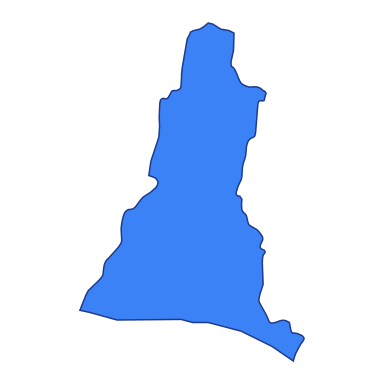 the border of La Libertad
{"feature_id": "SLV-1346", "entity_name": "La Libertad", "entity_type": "Department", "adm_level": 1, "iso_a3": "SLV", "parent_name": "El Salvador", "parent_adm1": "", "projection": "robinson", "projection_center": [-89.306, 13.743], "detail": "fine", "context": "isolated", "style": "filled", "palette": "blue", "viewbox_px": 384, "rotation_deg": 0, "n_neighbors": 0, "source": "natural_earth", "source_scale": "10m", "svg_char_len": 2530}
<svg xmlns="http://www.w3.org/2000/svg" viewBox="0 0 384 384"><path d="M293.3,361.0L271.8,346.3L241.2,331.2L208.1,322.5L192.7,322.5L181.0,319.4L117.0,320.0L89.7,312.4L79.9,310.3L81.2,307.0L86.0,294.9L88.4,290.5L99.8,279.5L101.8,276.9L103.0,274.8L103.6,268.6L104.4,264.3L105.5,261.8L106.5,260.2L107.4,259.2L108.3,258.5L118.1,247.6L120.4,244.2L121.6,241.7L121.7,240.0L121.1,228.7L121.8,222.7L123.2,216.6L124.2,213.8L125.2,211.9L126.1,211.0L127.9,209.8L128.9,209.5L132.1,209.2L133.8,208.3L135.6,206.7L141.0,199.4L143.4,196.9L150.1,192.6L152.9,190.3L156.1,187.2L157.4,185.1L158.0,183.2L157.8,181.8L157.3,180.5L156.7,179.5L156.0,178.7L155.0,177.9L153.9,177.3L148.8,175.5L150.9,161.2L158.8,137.3L159.6,126.3L159.2,117.1L159.8,103.3L160.4,100.4L161.1,99.4L162.0,98.7L163.1,98.4L164.3,98.5L165.5,98.9L166.7,98.7L168.2,97.6L171.8,91.2L172.7,90.7L174.0,90.5L175.5,90.6L177.1,90.4L179.4,89.3L180.5,87.9L181.0,86.3L181.6,76.5L181.5,74.9L182.3,67.4L187.2,39.0L189.1,35.5L190.6,32.0L194.3,30.4L199.6,29.2L203.8,26.7L208.2,23.0L212.8,24.1L220.9,29.2L228.3,30.4L229.7,30.9L234.0,33.1L233.5,50.4L231.1,61.4L231.0,64.2L231.3,66.0L234.0,68.4L235.1,70.2L236.4,72.9L238.7,78.7L240.0,81.5L241.2,83.3L243.1,84.7L245.3,85.8L248.9,87.0L250.3,87.1L254.4,86.8L255.8,86.8L257.2,87.0L258.4,87.4L259.7,87.9L261.1,88.8L262.8,90.3L265.2,91.7L265.9,92.8L266.0,93.6L264.9,97.0L264.3,99.9L264.1,100.5L263.7,100.8L260.4,100.7L259.2,101.1L258.4,102.0L257.9,103.7L255.6,132.4L255.0,135.3L254.5,136.4L253.6,137.1L251.2,138.1L250.3,138.8L249.3,139.6L248.0,141.5L247.1,144.0L246.5,146.4L245.7,155.4L244.7,159.3L243.3,163.1L242.4,167.9L241.9,176.1L241.5,178.3L241.2,179.6L238.1,186.1L236.1,192.5L236.3,194.6L237.1,195.6L238.2,196.0L239.7,196.1L241.9,199.4L241.5,204.5L241.8,209.4L242.3,210.7L242.9,211.7L243.7,212.7L245.4,214.2L246.2,215.4L246.8,217.1L247.6,221.2L248.3,223.4L249.1,224.9L250.1,225.7L256.6,229.5L257.4,230.1L259.3,232.1L262.3,236.5L262.8,238.5L262.6,240.1L261.2,243.1L260.1,245.9L260.2,247.5L261.1,248.7L264.6,250.5L265.1,251.8L264.9,252.9L264.2,253.9L263.3,254.7L262.6,257.6L262.3,262.5L263.1,283.7L262.9,285.3L260.1,293.5L259.1,297.9L258.9,300.3L259.2,302.2L266.4,315.2L269.0,321.3L269.6,322.3L270.6,322.9L271.9,323.1L273.4,323.0L275.9,322.3L280.6,320.6L283.3,320.2L285.0,320.5L286.1,320.8L289.4,322.5L291.0,330.9L292.3,333.0L293.4,333.0L295.3,333.1L297.8,333.7L302.2,335.7L303.7,337.5L304.1,338.9L302.9,341.2L300.7,344.1L300.2,345.2L299.5,346.2L295.9,353.1L294.7,356.2L293.3,360.9L293.3,361.0Z" fill="#3b82f6" stroke="#1e3a8a" stroke-width="1.5"/></svg>